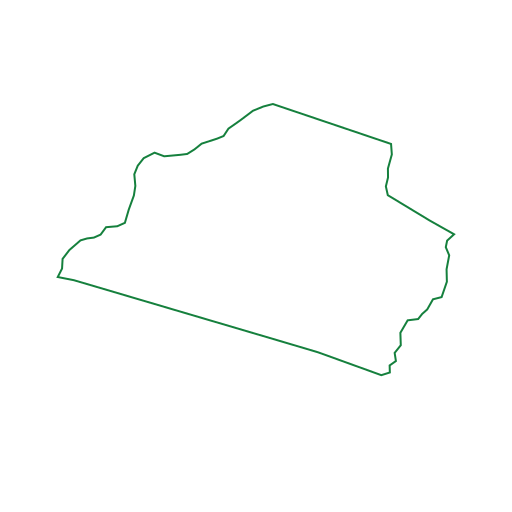 Itaquitinga, Pernambuco, Brazil, rotated 167°
{"feature_id": "56859067B86839923199857", "entity_name": "Itaquitinga", "entity_type": "district", "adm_level": 2, "iso_a3": "BRA", "parent_name": "Brazil", "parent_adm1": "Pernambuco", "projection": "robinson", "projection_center": [-35.032, -7.681], "detail": "fine", "context": "isolated", "style": "outline", "palette": "green", "viewbox_px": 512, "rotation_deg": 167, "n_neighbors": 0, "source": "geoboundaries", "source_scale": "gbopen_adm2", "svg_char_len": 875}
<svg xmlns="http://www.w3.org/2000/svg" viewBox="0 0 512 512"><g transform="rotate(167 256 256)"><path d="M58.1,232.6L79.0,251.7L113.9,285.6L113.8,294.6L109.7,302.8L107.8,311.5L100.8,324.4L99.2,334.8L205.4,400.3L215.3,400.0L226.3,398.2L240.9,391.7L254.2,386.3L260.6,380.2L267.5,379.1L283.7,377.7L292.0,373.7L300.1,370.9L306.8,371.6L323.0,373.8L331.6,379.5L343.4,376.6L350.9,370.6L356.2,363.0L357.8,351.4L361.4,342.4L369.5,329.9L376.3,317.8L384.5,316.2L395.6,317.8L402.6,311.8L409.8,310.4L416.6,311.1L423.5,310.7L436.5,303.8L445.1,296.7L447.8,287.4L453.9,280.1L438.9,273.4L246.3,164.7L217.2,148.2L160.7,111.7L151.8,112.4L150.4,119.3L143.3,122.2L142.7,130.4L135.0,136.5L132.6,148.7L122.7,159.2L112.2,158.1L107.1,162.2L101.2,165.4L93.3,174.0L84.4,174.2L75.8,188.0L73.3,200.2L67.6,213.2L69.1,221.9L66.3,228.0L58.1,232.6Z" fill="none" stroke="#15803d" stroke-width="2"/></g></svg>